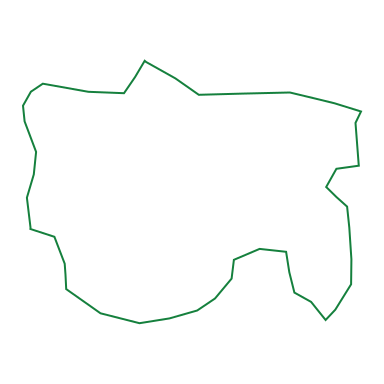 an SVG outline of Kolašin
{"feature_id": "MNE-1512", "entity_name": "Kolašin", "entity_type": "Municipality", "adm_level": 1, "iso_a3": "MNE", "parent_name": "Montenegro", "parent_adm1": "", "projection": "albers", "projection_center": [19.443, 42.798], "detail": "fine", "context": "isolated", "style": "outline", "palette": "green", "viewbox_px": 384, "rotation_deg": 0, "n_neighbors": 0, "source": "natural_earth", "source_scale": "10m", "svg_char_len": 722}
<svg xmlns="http://www.w3.org/2000/svg" viewBox="0 0 384 384"><path d="M30.4,229.0L30.5,227.5L26.9,197.7L33.8,174.4L36.1,151.9L29.1,133.3L24.6,121.4L23.0,105.7L30.9,91.7L42.8,83.7L88.4,91.8L124.0,93.2L135.1,77.0L144.7,60.8L146.1,62.0L175.4,78.4L198.8,94.8L242.6,93.6L289.9,92.5L315.8,98.7L334.6,103.3L361.0,111.5L355.5,122.9L358.6,163.5L358.8,165.7L336.4,168.8L326.2,187.0L336.5,197.1L347.1,206.6L349.3,227.6L351.4,259.3L351.1,284.3L335.3,309.7L325.6,320.0L311.1,301.9L294.4,292.6L289.3,272.2L286.1,251.8L259.6,248.9L233.9,259.8L231.6,278.6L215.0,298.5L197.2,310.5L169.5,318.4L139.5,323.2L100.5,313.3L94.0,308.7L66.2,289.1L65.5,274.8L64.7,263.7L54.4,236.8L30.4,229.0Z" fill="none" stroke="#15803d" stroke-width="2"/></svg>